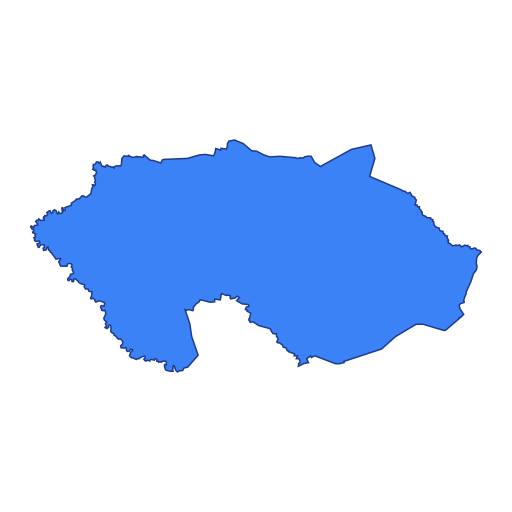 Yang Sisurat, Maha Sarakham, Thailand (Mercator projection)
{"feature_id": "78962969B22746873787701", "entity_name": "Yang Sisurat", "entity_type": "district", "adm_level": 2, "iso_a3": "THA", "parent_name": "Thailand", "parent_adm1": "Maha Sarakham", "projection": "mercator", "projection_center": [103.043, 15.652], "detail": "fine", "context": "isolated", "style": "filled", "palette": "blue", "viewbox_px": 512, "rotation_deg": 0, "n_neighbors": 0, "source": "geoboundaries", "source_scale": "gbopen_adm2", "svg_char_len": 5970}
<svg xmlns="http://www.w3.org/2000/svg" viewBox="0 0 512 512"><path d="M96.4,162.0L95.4,164.0L94.4,164.6L93.4,164.4L93.1,167.0L93.7,168.1L92.7,169.2L94.3,170.3L95.8,170.0L96.0,171.6L96.6,172.5L95.4,175.0L93.7,175.9L94.4,176.6L95.4,180.7L94.6,182.2L95.3,183.2L95.4,184.4L94.7,185.6L93.2,184.7L92.4,184.8L93.0,186.5L91.8,188.5L90.9,193.6L86.3,197.3L85.5,197.3L83.5,195.8L82.0,195.8L79.3,198.8L76.3,199.1L75.4,200.6L71.3,203.2L71.5,205.2L64.9,207.6L65.1,210.3L63.4,210.7L62.9,207.8L62.1,207.7L61.7,208.9L62.3,209.8L62.1,211.1L62.6,211.9L61.7,213.3L59.6,213.6L58.8,212.0L57.9,213.7L57.3,213.8L56.0,210.6L54.5,209.8L53.0,210.7L52.9,211.9L51.5,213.4L50.4,212.2L50.4,211.0L49.2,210.8L46.8,212.6L47.6,213.7L47.4,214.6L46.2,215.9L44.9,215.5L44.5,216.7L43.6,216.9L43.4,218.1L44.3,218.5L44.2,220.2L42.5,220.1L41.1,220.6L38.6,218.9L37.9,220.4L36.6,220.3L35.7,221.5L37.4,223.8L37.7,224.9L34.3,225.6L34.1,227.0L33.4,227.5L31.6,226.0L30.8,226.2L30.7,226.9L32.1,229.2L33.6,229.5L33.6,231.8L32.6,232.0L32.7,232.7L35.6,233.8L34.9,235.1L35.6,236.5L33.8,237.8L34.8,238.8L34.3,240.1L35.2,241.2L36.8,241.5L38.9,240.8L39.9,242.4L39.8,242.9L37.0,244.0L38.3,247.4L39.1,247.3L40.9,244.7L44.4,244.9L44.4,247.2L43.1,248.2L43.6,250.4L46.2,249.9L46.9,247.3L48.0,246.9L48.7,250.1L49.2,250.5L49.9,250.3L50.2,251.9L51.4,252.8L56.0,259.2L60.0,258.4L60.8,259.0L58.7,261.6L60.6,266.1L67.1,266.2L67.3,264.1L68.7,263.5L70.5,263.6L71.9,264.4L72.0,265.3L71.2,266.9L72.5,268.3L72.2,270.0L73.7,272.6L72.7,273.9L70.4,274.3L70.2,276.0L67.6,279.0L68.0,280.4L69.0,280.7L70.0,279.4L70.9,279.2L71.9,280.0L71.9,281.4L73.2,281.7L73.7,281.3L73.8,279.0L75.3,278.8L77.8,280.9L79.4,282.9L81.3,283.9L84.5,284.6L84.7,285.5L84.1,286.9L85.6,289.1L88.0,288.8L89.0,291.3L92.0,291.9L91.6,295.9L90.6,297.9L91.1,298.9L93.2,298.3L94.6,299.5L95.3,301.6L95.9,302.1L99.3,300.7L104.6,302.6L104.1,306.2L101.3,305.6L100.6,306.5L100.7,307.9L101.6,309.0L101.6,310.2L103.2,310.8L104.8,310.2L105.7,312.5L105.5,314.6L103.8,318.2L104.3,320.0L106.6,322.1L105.4,323.7L106.5,325.9L105.0,327.5L106.9,328.6L108.7,327.3L108.6,326.0L109.2,324.9L110.2,324.8L111.0,326.3L110.8,331.7L112.4,333.1L114.0,333.6L114.1,335.3L115.6,336.0L117.5,338.4L118.9,339.3L120.2,338.7L122.5,341.0L122.7,344.1L120.6,345.7L121.0,347.7L124.2,348.1L125.3,347.6L126.1,347.8L126.6,350.7L127.7,351.5L129.2,351.3L130.9,349.1L132.4,349.6L132.6,350.4L130.6,352.4L129.5,355.8L131.4,357.7L133.3,358.0L136.2,359.5L137.3,358.8L139.1,358.7L140.6,357.4L144.2,356.0L144.9,356.4L145.3,357.9L143.8,359.2L145.2,360.9L146.2,361.0L147.6,360.2L149.8,361.0L150.3,359.7L151.4,359.4L154.3,360.2L154.8,359.0L155.6,358.7L156.8,359.4L156.8,361.2L157.9,361.2L158.5,362.2L159.8,361.7L161.4,362.2L162.6,361.2L165.4,361.1L166.3,361.9L166.5,364.1L166.2,364.9L165.0,364.3L164.5,364.7L164.5,366.6L165.5,369.7L166.5,370.4L170.6,371.3L173.1,371.2L172.5,369.9L173.0,368.9L172.8,366.9L173.5,365.6L174.1,365.8L175.7,370.2L177.5,372.0L179.0,371.0L182.7,370.5L184.0,368.0L187.7,367.2L198.1,355.2L191.7,336.6L189.8,323.7L185.1,309.8L186.2,310.4L186.4,309.9L187.2,310.1L188.5,309.5L192.9,310.7L193.4,309.8L193.4,307.3L196.1,303.9L199.1,301.9L200.2,299.7L210.0,302.2L214.6,301.9L214.7,299.1L220.3,299.9L221.4,293.6L226.5,295.5L226.9,295.2L229.6,295.4L230.5,296.0L230.0,297.4L230.6,298.9L234.9,298.1L237.3,296.1L239.4,297.5L236.6,300.6L237.4,301.2L242.2,303.9L248.4,304.5L248.9,306.5L246.3,307.0L245.3,309.5L247.6,310.3L247.2,311.3L250.8,313.1L249.4,318.6L248.9,318.9L249.0,320.3L249.5,320.3L249.9,322.0L250.2,322.4L252.7,321.6L258.7,325.6L268.8,328.3L270.6,329.1L271.3,331.2L273.1,333.7L276.4,333.8L276.5,336.7L277.2,337.1L278.2,339.0L276.8,341.7L277.2,342.6L279.4,342.9L282.3,344.8L283.4,347.3L286.0,347.8L287.2,350.7L288.6,351.0L288.6,351.7L294.6,353.9L294.1,355.7L297.4,355.9L296.3,358.7L299.0,358.7L300.2,361.9L298.7,363.5L298.4,366.3L303.7,363.6L308.5,362.6L306.6,358.8L310.7,355.9L311.5,357.5L314.7,355.8L335.5,363.7L339.6,363.7L343.9,362.6L344.3,362.3L343.9,361.4L381.6,349.0L395.3,336.7L416.0,324.3L422.9,324.2L443.7,330.4L445.4,330.4L459.3,318.5L459.0,318.0L460.4,317.6L463.7,314.4L460.3,309.3L459.2,305.9L459.4,304.6L461.0,303.4L464.0,302.6L464.2,301.6L463.7,300.8L464.4,297.7L466.1,293.9L466.1,292.2L471.0,281.4L473.4,273.9L476.1,270.3L476.8,268.2L477.0,266.2L476.3,263.1L476.7,257.7L478.2,255.1L481.3,252.1L479.8,250.5L476.5,249.9L476.4,249.1L475.3,248.0L473.4,248.2L472.7,248.9L470.7,248.8L470.0,248.0L470.1,247.0L468.2,246.2L467.7,245.4L466.9,245.8L464.7,245.1L462.9,246.5L462.2,246.2L461.3,246.8L459.6,244.9L458.2,245.5L455.8,245.0L454.0,245.7L452.1,245.5L449.9,243.4L448.2,242.8L448.4,241.8L447.9,240.8L448.6,240.3L447.0,237.7L447.4,236.0L445.3,235.7L444.5,234.0L443.5,233.9L442.9,231.2L441.7,231.3L439.9,230.5L439.3,229.5L439.3,228.2L436.3,227.2L434.8,225.8L434.0,224.3L433.7,221.9L432.9,221.2L432.8,219.6L431.0,219.3L430.6,217.8L427.2,217.7L425.4,216.2L422.8,215.3L422.1,213.6L422.2,212.0L421.3,211.6L420.7,209.9L419.4,208.8L419.4,206.7L417.8,206.9L416.9,204.9L415.1,205.0L416.3,199.9L415.1,198.7L414.8,197.3L411.5,195.8L411.4,194.6L409.9,192.3L408.3,193.2L407.3,193.2L404.9,191.2L403.0,191.1L401.4,189.9L369.6,176.4L374.9,158.5L371.0,144.9L351.4,149.4L320.3,166.5L314.8,162.6L311.1,156.3L308.2,156.1L304.6,156.8L303.2,158.0L300.2,157.8L297.1,158.5L295.7,157.7L280.1,156.3L269.9,156.9L263.8,154.9L256.6,151.2L251.5,150.7L243.4,143.7L234.5,140.0L228.8,141.1L227.4,143.8L227.4,146.0L226.5,149.0L221.0,148.3L220.6,150.1L215.8,148.5L215.0,152.6L213.5,155.8L205.3,154.4L199.1,155.0L187.5,158.4L163.7,159.4L162.3,160.0L160.8,163.0L153.4,160.5L150.3,160.2L144.1,154.9L143.4,155.6L143.7,156.6L142.8,157.2L138.1,156.7L137.4,157.0L136.8,156.4L133.9,157.3L132.1,157.3L128.5,155.5L128.5,156.3L124.0,155.9L121.9,158.4L121.2,165.7L116.0,166.0L114.3,166.7L114.0,168.0L112.7,166.9L111.4,167.3L110.9,166.7L108.3,166.2L107.8,165.2L106.8,165.0L105.4,166.0L105.4,166.9L104.1,166.9L103.6,166.3L101.9,166.1L100.2,162.1L99.8,162.8L98.6,162.9L98.1,161.9L96.4,162.0Z" fill="#3b82f6" stroke="#1e3a8a" stroke-width="1.5"/></svg>